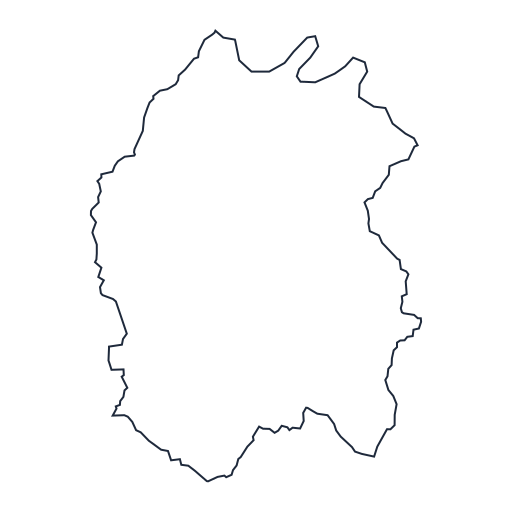 the district of Río Grande, Puerto Rico
{"feature_id": "32010507B30311265398207", "entity_name": "Río Grande", "entity_type": "district", "adm_level": 2, "iso_a3": "PRI", "parent_name": "Puerto Rico", "parent_adm1": "", "projection": "robinson", "projection_center": [-65.81, 18.348], "detail": "fine", "context": "isolated", "style": "outline", "palette": "slate", "viewbox_px": 512, "rotation_deg": 0, "n_neighbors": 0, "source": "geoboundaries", "source_scale": "gbopen_adm2", "svg_char_len": 2704}
<svg xmlns="http://www.w3.org/2000/svg" viewBox="0 0 512 512"><path d="M394.6,425.2L394.7,414.8L396.6,404.2L393.3,396.0L388.4,390.0L385.3,380.0L387.5,376.3L388.3,368.8L391.6,365.1L391.9,358.4L393.7,350.3L397.0,347.2L397.0,342.6L400.2,340.5L404.6,340.3L407.3,336.8L412.7,336.1L413.5,329.7L418.9,328.5L421.1,321.8L420.8,318.3L417.7,318.2L414.1,314.9L403.6,313.3L401.9,312.2L400.8,308.2L402.4,301.8L401.8,296.3L406.7,294.2L405.7,281.3L408.4,274.3L406.3,271.4L400.9,269.1L399.6,259.9L397.2,258.7L382.1,242.8L378.9,235.4L369.8,231.2L368.4,223.4L369.0,219.0L367.8,210.7L364.5,202.4L367.9,199.1L372.7,197.9L375.2,191.3L380.2,187.9L382.6,183.0L388.8,174.8L389.5,166.2L401.0,161.2L408.4,159.4L414.4,146.6L417.6,145.3L414.0,138.3L405.4,133.6L403.4,132.0L402.0,130.9L392.6,123.6L387.8,113.1L385.4,108.0L380.5,107.4L373.8,106.6L361.4,98.5L359.0,96.9L359.6,84.2L367.2,71.6L364.8,62.3L358.8,59.9L353.1,57.6L345.2,66.3L339.0,70.7L334.8,73.6L330.6,75.5L315.2,82.3L304.4,81.8L300.5,81.7L296.8,76.3L299.2,69.0L310.3,57.6L312.8,54.0L318.2,46.3L315.2,36.2L308.7,37.3L307.2,37.6L293.7,51.6L285.3,62.1L284.5,63.0L279.7,65.7L269.2,71.6L266.8,71.6L251.5,71.6L239.2,60.3L235.3,41.1L234.9,39.6L223.3,37.6L215.4,30.7L214.5,32.7L212.1,34.7L204.5,39.8L198.9,51.2L198.1,57.3L194.0,58.7L185.1,69.6L178.7,75.4L178.1,80.2L175.7,84.2L167.3,89.2L159.9,90.7L153.2,96.1L153.5,98.8L149.6,102.5L147.5,107.8L144.1,117.5L142.8,130.9L134.5,149.1L134.0,152.3L134.9,154.6L134.2,155.6L124.7,156.7L117.9,161.3L114.8,165.7L112.5,171.7L101.3,174.3L101.4,177.5L97.4,181.1L99.2,183.8L100.8,191.4L98.1,197.1L98.7,202.5L92.3,208.8L91.0,211.0L90.9,215.1L96.0,222.3L93.1,230.0L92.4,232.7L96.8,244.6L96.8,253.6L96.4,259.5L95.0,262.2L101.4,267.7L98.3,277.0L103.8,280.3L100.0,287.1L100.9,293.2L102.5,295.1L113.0,299.0L115.9,301.5L126.8,333.7L123.0,339.0L121.9,344.7L109.0,346.6L109.0,348.2L108.5,360.5L109.6,363.8L111.5,369.8L123.5,369.4L123.8,375.1L121.7,376.7L127.3,387.8L124.5,390.4L123.4,396.9L120.2,401.1L119.9,404.9L115.8,406.4L116.5,408.6L112.7,415.6L124.3,415.2L127.8,416.7L132.3,421.9L136.1,430.2L140.7,432.3L148.8,440.7L161.1,449.7L168.0,451.0L171.1,460.3L179.9,459.2L181.3,464.8L188.3,465.7L194.8,470.7L206.8,481.1L208.1,481.3L217.6,476.9L224.4,475.6L226.2,477.2L231.6,474.8L233.0,470.1L236.6,465.5L238.3,459.0L240.7,457.1L247.4,446.6L253.6,440.2L252.9,436.7L259.1,426.6L263.0,428.7L269.6,428.9L274.6,432.8L278.2,430.7L281.7,425.8L287.4,427.3L289.4,430.1L292.6,427.7L300.1,428.5L303.7,421.0L303.2,412.9L306.1,407.7L307.6,407.9L312.6,411.0L317.3,413.7L327.6,415.2L334.1,424.0L336.2,430.5L340.7,436.6L352.0,447.1L355.0,451.6L361.8,453.9L374.1,456.6L377.3,446.6L387.0,429.2L390.4,429.3L394.6,425.2Z" fill="none" stroke="#1e293b" stroke-width="2"/></svg>